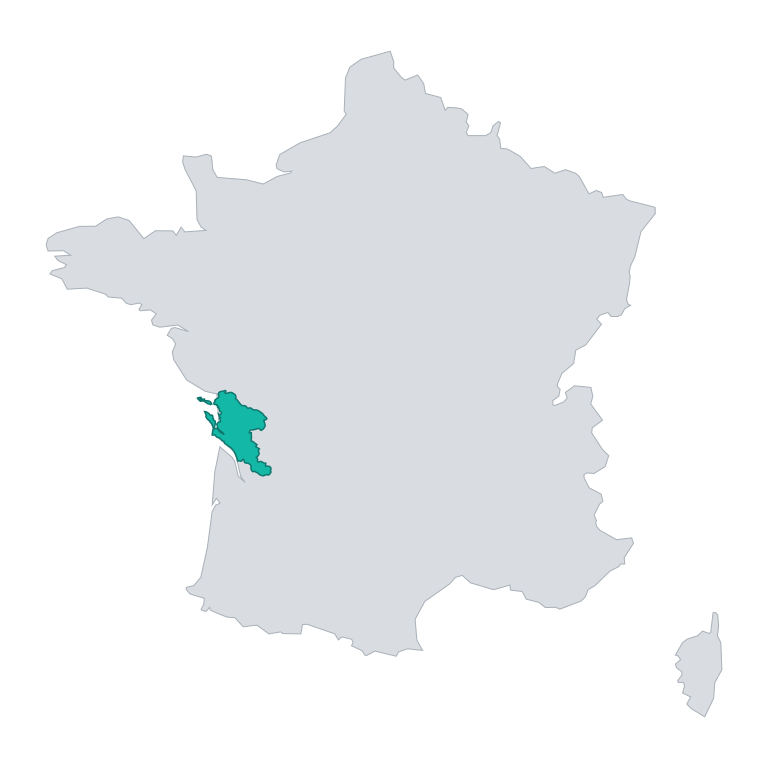 France, with Charente-Maritime highlighted
{"feature_id": "FRA-5278", "entity_name": "Charente-Maritime", "entity_type": "Metropolitan department", "adm_level": 1, "iso_a3": "FRA", "parent_name": "France", "parent_adm1": "", "projection": "mercator", "projection_center": [-0.827, 45.732], "detail": "fine", "context": "in_parent", "style": "filled", "palette": "teal", "viewbox_px": 768, "rotation_deg": 0, "n_neighbors": 0, "source": "natural_earth", "source_scale": "10m", "svg_char_len": 7669}
<svg xmlns="http://www.w3.org/2000/svg" viewBox="0 0 768 768"><path d="M630.6,305.3L624.9,308.5L621.3,314.9L617.7,316.5L611.1,316.5L607.9,312.5L600.0,315.1L596.8,319.2L601.5,324.2L585.8,344.8L575.8,350.2L573.6,363.5L561.9,373.4L557.5,383.9L557.1,386.0L560.1,389.4L558.8,396.2L552.8,400.6L552.9,404.9L554.6,405.5L563.7,402.0L567.2,398.0L565.3,392.5L574.5,385.8L590.9,387.4L592.8,396.4L590.7,404.0L602.5,420.2L592.3,427.8L591.6,432.8L602.1,449.0L608.7,455.7L605.2,466.5L594.0,473.5L587.0,472.9L583.9,474.7L584.2,478.0L589.1,487.8L601.1,494.1L602.9,501.4L599.6,504.1L594.1,515.1L596.5,520.6L595.6,522.9L596.8,526.7L599.9,530.3L616.5,539.7L631.6,537.9L633.5,543.3L624.2,557.6L624.8,564.0L620.1,564.1L619.3,566.3L610.0,571.1L595.1,585.5L588.1,589.7L585.3,596.9L581.2,601.0L559.7,609.2L555.7,607.3L545.3,607.5L538.8,602.4L526.2,599.1L522.2,591.5L510.5,590.1L509.9,585.1L493.5,589.7L470.4,582.8L462.3,575.4L455.6,577.3L449.7,583.9L424.8,601.4L415.1,619.3L416.9,640.2L422.6,650.4L407.5,648.8L398.5,651.9L396.2,656.2L374.9,651.1L366.9,655.4L364.8,655.1L362.0,650.7L351.5,645.8L353.1,642.4L351.7,639.3L341.8,636.9L338.4,639.9L334.7,633.8L307.1,624.3L302.6,624.5L300.8,633.9L283.0,633.6L280.5,631.9L269.0,633.9L256.8,625.1L243.3,626.8L234.9,617.7L226.9,617.1L215.5,612.5L210.3,610.0L209.6,607.3L206.2,611.4L202.0,610.5L201.1,609.3L203.8,604.2L204.3,598.3L190.1,594.0L186.3,589.7L186.2,587.5L193.9,585.5L200.8,577.3L207.4,547.4L212.1,511.8L215.7,505.1L220.1,503.2L216.5,498.3L212.2,504.8L214.8,471.8L219.9,446.8L231.9,457.1L234.8,461.5L238.3,476.3L245.1,482.5L240.7,476.5L236.3,456.8L233.6,451.2L214.5,434.6L213.8,430.7L222.2,432.8L218.8,420.3L216.8,394.0L205.2,391.3L186.6,380.0L173.7,359.7L172.3,352.1L175.6,344.0L172.7,338.9L167.2,335.3L171.4,328.3L175.2,327.6L188.7,331.6L177.7,325.0L159.9,327.2L152.8,324.9L151.5,320.1L156.3,313.8L150.4,309.9L140.1,310.8L138.9,309.2L141.9,304.7L139.3,303.0L131.0,304.7L126.3,303.3L121.8,298.2L108.3,297.0L105.3,294.1L86.8,288.1L67.3,289.2L61.9,278.9L50.0,273.9L52.4,270.6L64.2,267.6L66.5,264.7L57.9,260.5L54.8,256.2L70.7,255.2L63.5,250.7L48.1,251.0L46.1,244.8L48.1,238.4L57.0,232.7L79.3,226.4L95.6,226.2L107.0,218.9L118.4,216.9L129.1,220.5L143.8,238.6L155.5,230.7L172.8,230.9L176.3,235.4L181.0,227.2L184.8,231.9L206.0,230.4L201.1,227.1L197.0,219.4L196.2,190.8L185.3,170.0L182.7,162.3L183.3,155.9L196.0,157.1L206.5,154.2L211.5,156.1L212.8,169.6L217.2,177.4L246.4,179.8L263.2,184.0L277.4,176.4L290.6,173.0L291.7,171.2L284.1,171.9L277.1,168.7L276.1,165.1L279.8,154.5L300.1,142.8L329.8,132.9L337.4,126.2L346.2,114.2L344.2,111.1L345.5,78.0L349.9,67.1L361.3,59.2L390.2,51.2L393.8,61.8L393.6,67.8L401.2,77.2L405.0,80.1L417.7,75.0L423.7,83.7L425.5,93.5L440.7,97.5L445.2,110.2L447.9,107.4L457.5,108.0L461.9,109.0L468.1,114.6L466.2,122.1L468.9,125.8L466.3,132.7L468.1,135.6L485.6,135.6L490.8,132.5L493.2,125.6L498.5,121.5L500.5,122.7L497.1,135.7L499.6,139.0L500.8,148.3L507.4,149.0L520.2,156.3L531.0,168.5L544.3,166.5L554.8,173.2L565.7,169.7L575.9,173.4L579.5,176.9L589.0,193.9L596.3,190.5L601.6,192.5L603.2,197.3L622.8,194.5L626.3,199.2L630.3,201.0L655.1,207.3L655.3,213.6L641.0,231.5L634.8,256.9L630.6,265.6L629.1,272.2L630.2,276.5L629.5,283.4L626.5,299.6L628.2,304.4L630.6,305.3ZM718.6,626.4L717.4,635.8L720.8,642.6L721.9,669.7L714.8,682.6L713.6,698.3L704.7,716.8L691.0,708.5L686.8,704.0L690.6,696.9L682.6,693.0L684.5,686.1L683.7,682.7L678.1,682.3L677.7,680.5L681.9,675.2L681.8,671.8L676.5,667.7L675.4,664.0L680.6,659.8L678.3,656.0L675.4,655.1L682.4,642.8L687.2,639.1L698.0,635.6L702.4,631.1L709.5,633.5L710.7,632.3L713.1,612.7L715.5,612.5L717.8,615.1L718.6,626.4ZM215.3,421.7L213.7,427.6L206.3,417.4L205.4,411.8L215.3,421.7Z" fill="#d9dde1" stroke="#a8b0b8" stroke-width="1"/><path d="M237.6,461.0L237.0,458.4L235.4,454.1L234.5,452.3L233.4,450.6L231.2,448.0L224.5,443.2L224.4,442.9L224.2,441.6L223.9,441.3L222.3,440.7L219.8,438.2L218.4,437.6L217.5,437.4L216.7,437.0L216.0,436.3L215.4,435.5L214.6,434.8L212.9,435.2L212.1,434.9L212.9,430.1L212.9,429.3L216.0,428.3L216.9,428.3L219.9,431.9L220.5,432.3L221.0,432.8L224.3,434.4L223.3,433.2L219.0,429.7L217.8,428.2L217.6,427.6L217.5,426.8L217.3,425.8L217.0,424.9L216.6,424.1L217.1,423.9L217.4,423.5L217.7,423.1L217.9,422.8L218.4,422.3L219.2,421.8L219.6,421.8L220.0,421.8L220.3,421.7L220.5,420.9L220.4,420.2L220.1,419.5L219.8,418.9L219.5,418.5L219.8,418.3L220.2,417.8L220.5,417.6L219.7,417.1L219.2,416.2L218.5,413.9L219.5,414.6L220.3,414.7L220.9,414.1L221.4,413.0L221.4,412.6L221.2,412.2L221.0,411.9L220.7,411.7L219.8,411.3L219.6,410.8L219.5,410.1L219.2,409.2L219.2,408.5L219.2,408.3L219.0,408.2L218.4,408.0L218.2,407.9L217.9,407.5L217.6,407.3L217.7,407.0L218.2,406.5L217.1,405.6L216.7,405.5L216.6,405.4L216.6,405.1L216.6,404.8L216.6,404.6L216.3,404.5L215.6,404.6L215.1,404.4L214.7,404.4L214.3,404.4L213.8,403.9L213.8,403.3L214.1,402.6L214.6,402.1L215.0,401.8L214.7,400.5L215.3,399.6L218.5,397.5L218.9,396.7L218.9,396.1L218.6,395.5L218.5,394.6L218.1,394.0L218.3,393.6L219.2,392.4L219.5,392.0L220.0,391.8L222.8,391.1L223.8,391.0L224.3,390.9L225.2,390.5L225.5,390.5L225.9,391.1L225.8,391.6L225.6,392.0L225.2,392.4L225.0,392.7L225.1,393.1L225.6,393.4L226.5,393.3L227.0,393.3L227.5,393.0L229.0,392.8L229.3,392.6L230.0,392.4L230.8,392.4L232.0,392.6L235.2,394.7L235.7,395.7L235.9,396.7L235.9,397.6L235.5,398.5L236.8,399.5L240.9,404.7L241.9,405.4L243.0,405.7L245.0,405.7L245.9,406.2L246.9,407.4L247.8,408.2L250.0,407.9L251.0,408.1L253.4,409.9L256.6,410.0L258.7,410.8L262.6,413.6L265.1,416.8L266.1,417.3L266.9,418.6L266.2,419.5L264.9,420.0L263.8,420.2L263.8,420.5L265.1,424.6L265.1,425.6L264.9,426.6L264.1,427.9L262.8,429.4L261.3,430.4L260.3,429.9L259.3,428.8L258.1,428.5L254.1,429.7L251.4,429.9L250.4,430.3L249.6,431.2L249.3,432.8L251.3,432.7L251.3,434.0L251.5,437.8L251.1,440.1L251.1,440.9L252.7,441.4L257.0,444.7L256.6,445.1L256.1,446.2L255.8,446.7L259.4,448.8L258.5,450.5L258.3,450.9L259.2,453.4L258.8,454.7L258.1,455.8L256.3,457.3L257.4,458.4L257.7,459.0L257.7,459.3L257.6,459.6L257.4,460.2L257.5,461.2L257.8,461.8L258.4,462.0L259.2,461.7L260.9,461.4L264.2,463.1L265.8,463.2L265.5,466.0L269.2,466.3L270.7,467.4L271.0,469.7L270.4,470.7L270.4,470.9L270.6,471.4L271.0,472.0L270.9,472.4L270.7,472.8L270.3,473.1L269.4,474.5L268.1,475.1L266.8,474.6L266.1,474.7L264.1,475.6L263.4,475.8L262.7,475.8L260.3,475.0L259.6,474.7L259.1,474.3L258.3,473.4L257.8,473.0L257.2,472.6L256.4,472.5L254.9,471.4L254.4,471.4L253.1,471.7L252.7,471.6L252.3,471.4L252.0,471.0L251.4,470.0L251.2,469.5L251.1,469.1L251.0,468.6L250.9,468.2L250.9,467.7L251.1,466.3L251.0,465.8L250.7,465.3L250.1,464.6L248.8,463.6L248.0,463.2L247.4,463.1L246.9,463.1L246.2,463.1L245.2,462.9L244.7,462.5L244.4,462.1L244.2,460.8L244.0,460.3L243.8,459.8L243.4,459.4L243.0,459.3L242.6,459.5L242.4,459.9L242.2,460.3L242.0,460.7L241.7,461.0L241.4,461.2L241.0,461.2L239.3,460.9L237.6,461.0L237.6,461.0ZM213.4,419.0L213.1,419.6L213.6,420.1L215.0,420.9L215.3,421.5L215.4,422.1L215.0,424.9L214.6,426.7L213.9,427.8L213.0,427.4L212.3,425.1L212.0,424.2L211.4,423.2L208.7,420.1L207.7,419.4L206.7,418.1L205.9,416.8L206.1,416.2L206.2,415.5L205.7,413.9L204.6,411.6L206.1,411.8L207.7,412.6L209.2,413.8L210.3,415.1L210.8,415.4L211.4,415.1L212.0,415.1L212.7,415.8L212.9,416.6L212.8,417.4L212.9,418.0L213.4,418.5L213.4,419.0ZM210.5,404.6L210.2,404.3L210.0,404.2L207.9,403.8L203.3,400.8L200.7,401.3L199.9,401.0L198.0,398.9L197.5,398.5L197.5,398.0L200.2,397.3L201.1,397.5L201.4,397.8L201.6,398.2L201.7,398.6L201.4,399.0L200.2,398.5L199.8,398.5L200.6,399.9L201.8,399.9L203.2,399.3L204.3,399.0L204.3,399.4L203.7,399.4L203.7,399.9L204.4,400.3L209.2,401.1L210.3,401.8L211.2,402.9L211.7,404.1L211.3,404.2L210.9,404.3L210.5,404.6Z" fill="#14b8a6" stroke="#0f766e" stroke-width="1.5"/></svg>